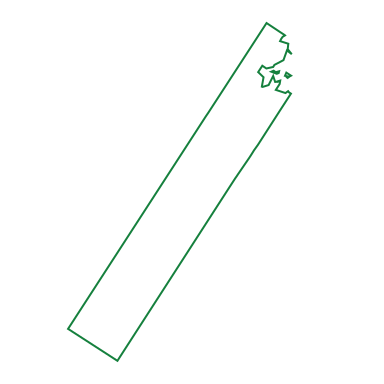 Arapahoe, Colorado, United States of America (Natural Earth projection), rotated 123°
{"feature_id": "52423323B66865800325453", "entity_name": "Arapahoe", "entity_type": "district", "adm_level": 2, "iso_a3": "USA", "parent_name": "United States of America", "parent_adm1": "Colorado", "projection": "natural_earth1", "projection_center": [-104.718, 39.653], "detail": "fine", "context": "isolated", "style": "outline", "palette": "green", "viewbox_px": 384, "rotation_deg": 123, "n_neighbors": 0, "source": "geoboundaries", "source_scale": "gbopen_adm2", "svg_char_len": 1137}
<svg xmlns="http://www.w3.org/2000/svg" viewBox="0 0 384 384"><g transform="rotate(123 192 192)"><path d="M374.2,162.6L167.5,163.2L167.1,163.2L165.0,163.2L164.9,163.2L164.7,163.2L163.7,163.2L162.6,163.2L159.5,163.2L158.2,163.2L157.7,163.2L156.8,163.2L154.3,163.1L154.2,163.1L153.5,163.1L152.4,163.1L132.0,162.6L128.9,162.6L128.1,162.6L123.3,162.7L116.6,162.4L75.8,162.6L55.6,162.6L55.6,165.0L55.1,166.3L58.1,167.5L60.7,177.3L53.7,177.3L50.5,178.7L51.8,179.8L51.8,179.3L52.0,179.3L51.8,179.1L54.4,182.2L50.5,187.1L60.6,186.0L65.4,190.0L65.6,190.8L56.8,194.5L55.4,201.8L47.8,201.8L47.9,196.9L42.9,192.0L40.5,192.1L31.6,187.1L21.5,189.5L22.1,183.4L20.1,189.5L15.2,192.0L17.5,200.3L15.0,200.6L12.5,200.5L10.0,199.3L9.9,200.0L9.9,202.9L9.9,204.6L9.7,221.5L11.2,221.5L31.7,221.5L47.7,221.5L50.2,221.5L74.3,221.5L82.6,221.5L111.2,221.5L116.2,221.5L121.2,221.6L372.3,221.4L374.3,221.4L374.2,162.6ZM40.5,177.9L43.9,177.3L43.0,174.9L44.2,174.9L44.2,173.9L43.8,173.9L43.6,173.8L43.6,174.0L40.5,172.3L40.5,177.9ZM43.3,184.7L45.9,187.0L45.8,189.6L47.9,191.0L46.7,185.3L45.0,184.1L43.3,184.7Z" fill="none" stroke="#15803d" stroke-width="2"/></g></svg>